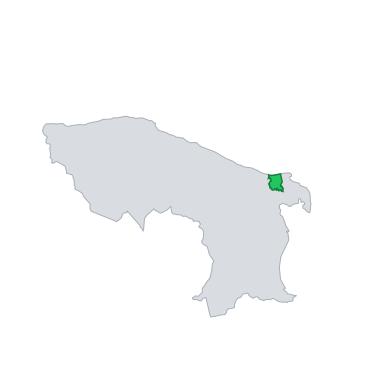 Lambayeque, Lambayeque, Peru shown in context, rotated 138°
{"feature_id": "86281439B97940066257739", "entity_name": "Lambayeque", "entity_type": "district", "adm_level": 2, "iso_a3": "PER", "parent_name": "Peru", "parent_adm1": "Lambayeque", "projection": "natural_earth1", "projection_center": [-79.825, -6.15], "detail": "fine", "context": "in_parent", "style": "filled", "palette": "green", "viewbox_px": 384, "rotation_deg": 138, "n_neighbors": 0, "source": "geoboundaries", "source_scale": "gbopen_adm2", "svg_char_len": 6651}
<svg xmlns="http://www.w3.org/2000/svg" viewBox="0 0 384 384"><g transform="rotate(138 192 192)"><path d="M263.0,111.6L262.9,112.7L261.8,113.2L260.7,112.4L259.2,112.7L256.9,110.2L251.3,110.6L248.9,113.5L245.2,114.1L241.2,115.4L236.7,115.9L229.6,120.5L228.0,122.4L224.8,125.0L222.1,125.9L220.8,134.2L218.2,139.1L217.2,141.7L218.6,145.7L218.6,147.7L217.1,149.3L215.9,149.4L213.5,151.1L209.9,154.8L209.2,157.6L210.4,161.3L210.0,161.8L207.0,162.5L207.1,164.5L206.4,165.3L208.9,168.3L210.4,169.0L210.4,169.7L210.2,170.5L209.6,170.8L209.6,171.5L211.4,173.7L212.7,178.1L215.3,180.3L215.4,181.7L216.1,183.1L217.5,184.2L220.7,188.6L220.7,190.6L217.4,195.4L222.9,195.3L228.9,197.0L229.8,197.7L230.5,199.8L230.5,201.2L231.8,202.4L231.6,205.0L239.6,205.0L244.8,204.3L253.2,196.4L254.5,195.8L253.8,197.5L253.7,198.7L254.1,200.1L253.1,202.0L252.9,221.3L254.4,220.2L256.4,222.0L257.8,222.1L262.4,220.0L267.7,220.3L279.9,245.4L278.8,247.1L278.8,248.4L277.3,249.5L275.7,251.6L275.5,261.5L274.3,264.6L274.9,266.2L275.6,269.3L276.7,271.2L277.0,272.5L276.8,272.9L275.1,274.0L275.0,275.8L271.8,279.4L271.2,281.8L270.1,282.6L269.8,285.3L272.6,289.8L270.8,292.4L269.1,296.3L271.8,304.6L272.9,305.8L274.1,305.7L275.9,306.4L276.9,307.6L274.6,309.2L274.2,309.9L274.4,312.6L271.9,314.6L268.5,319.8L267.6,320.1L265.9,321.6L265.6,322.4L265.9,323.2L267.3,324.7L267.4,326.6L265.0,328.9L263.3,329.2L262.6,329.8L263.3,333.0L263.3,334.5L262.7,336.1L261.5,338.0L257.9,339.9L254.7,340.2L249.3,335.5L247.6,333.5L242.2,329.5L241.4,325.2L239.6,323.2L236.3,321.6L233.6,319.4L231.6,318.4L226.8,313.7L222.3,312.1L214.0,307.1L209.5,305.4L203.7,300.7L200.6,299.5L198.1,297.3L190.5,292.6L189.3,291.1L188.2,288.8L186.5,287.5L184.6,284.3L181.8,282.4L179.1,280.0L175.8,273.4L174.2,271.9L174.1,268.9L173.0,267.5L174.7,266.5L175.7,261.9L175.2,259.5L171.3,253.2L170.6,250.6L167.8,245.8L166.8,242.9L164.6,240.8L163.6,239.0L162.4,238.3L162.3,236.1L161.4,231.8L160.2,229.7L155.7,225.8L155.3,221.4L154.3,218.4L148.1,206.3L144.5,194.7L141.4,188.2L140.2,184.5L140.1,182.5L137.8,179.1L136.6,175.9L131.5,169.8L128.5,163.1L128.1,161.1L126.1,157.4L122.9,152.6L121.3,150.7L111.5,144.7L106.9,141.1L106.3,139.2L106.6,138.1L107.6,137.1L109.0,137.9L109.8,137.6L110.5,136.2L110.5,134.2L109.6,131.7L106.5,126.7L107.3,124.4L104.1,118.6L104.9,113.0L105.6,111.6L110.3,105.9L111.6,103.4L113.7,101.9L115.8,99.6L118.3,97.9L119.0,98.5L119.7,101.5L119.6,103.6L120.3,105.8L118.6,107.9L116.7,107.4L116.0,107.9L115.7,108.9L116.0,110.5L116.5,111.1L117.9,111.2L116.0,114.2L116.1,114.7L117.4,115.3L118.7,114.5L120.0,112.8L120.9,112.6L125.6,115.5L127.9,115.1L129.6,116.5L129.8,118.6L132.1,122.8L135.7,123.8L136.3,123.5L137.1,121.9L137.9,121.7L138.1,119.3L141.2,116.9L141.6,115.2L141.2,114.0L141.2,113.1L143.1,107.6L143.6,107.0L144.2,105.2L144.9,104.2L145.9,98.0L146.8,98.1L147.6,99.5L148.5,99.1L148.0,97.8L148.2,97.3L151.6,92.4L152.7,91.3L169.2,84.5L177.5,77.6L184.7,67.8L187.0,58.0L187.8,58.7L189.2,58.5L188.7,54.5L189.1,52.6L189.0,52.1L186.8,49.7L185.8,47.1L183.9,45.6L184.0,45.1L186.1,45.6L187.9,45.4L189.6,43.8L190.8,43.9L193.5,46.1L195.5,46.3L196.1,47.9L198.1,49.1L200.8,52.5L202.1,56.2L202.0,56.8L203.2,58.8L205.9,59.7L208.6,62.4L211.4,63.3L212.6,65.7L213.4,66.5L213.7,67.9L213.3,69.6L213.7,70.5L215.8,71.9L217.5,72.0L217.9,72.7L218.9,76.7L218.2,78.8L218.5,79.9L220.8,80.9L221.5,81.8L223.3,82.0L225.9,81.1L229.1,82.4L231.6,81.9L232.7,81.6L233.9,80.7L234.8,80.7L237.4,78.1L238.1,77.9L240.8,79.1L243.1,80.8L245.9,80.5L247.0,79.4L249.0,78.8L252.7,81.0L253.5,82.0L254.5,82.2L258.5,84.4L259.2,85.2L261.2,86.1L261.7,86.8L261.5,87.6L252.3,104.2L255.1,105.6L257.8,104.8L259.2,105.9L260.2,108.6L262.3,110.4L263.0,111.6Z" fill="#d9dde1" stroke="#a8b0b8" stroke-width="1"/><path d="M125.9,151.1L125.7,151.1L125.5,150.9L125.4,150.8L125.1,150.8L125.0,150.7L124.9,150.6L124.9,150.4L125.0,150.2L124.9,150.0L125.0,149.9L125.0,149.7L125.2,149.2L125.3,149.0L125.2,148.9L125.3,148.8L125.4,148.6L125.2,148.6L125.3,148.5L125.3,148.2L125.5,148.0L125.6,147.9L125.8,147.8L125.7,147.8L125.7,147.7L125.5,147.4L125.6,147.2L125.9,147.3L126.2,147.3L126.3,147.3L126.5,147.3L127.0,147.4L127.3,147.5L127.5,147.5L127.9,147.3L128.0,147.2L128.3,147.0L128.4,146.9L128.5,146.9L128.8,146.8L129.1,146.7L129.3,146.7L129.4,146.4L129.3,146.1L129.2,146.1L129.2,145.9L129.3,145.8L129.5,145.7L129.6,145.8L129.6,145.7L129.8,145.5L129.9,145.4L130.0,145.3L130.1,145.2L130.1,144.9L130.2,144.7L130.2,144.4L130.3,144.4L130.4,144.2L130.5,144.1L130.7,143.9L130.7,143.7L130.9,143.4L131.0,143.1L131.2,142.9L131.0,142.7L130.9,142.6L130.7,142.4L130.9,142.3L130.9,142.0L131.0,141.8L131.0,141.7L131.1,141.3L131.1,141.2L131.1,140.9L131.1,140.7L130.9,140.4L130.9,140.2L131.0,140.1L130.9,139.8L130.9,139.7L130.7,139.4L130.3,139.2L130.2,139.0L129.9,138.9L129.7,138.8L129.5,138.7L129.4,138.7L129.3,138.8L129.2,138.9L129.1,139.0L128.9,139.1L128.7,139.1L128.4,139.1L128.2,138.9L128.3,138.8L128.2,138.8L128.2,138.7L128.1,138.4L128.0,138.1L128.0,137.9L127.9,137.9L128.0,137.8L128.0,137.7L127.9,137.5L127.9,137.4L128.1,137.3L128.1,137.2L128.1,136.9L127.9,136.9L127.9,137.0L127.7,137.2L127.6,137.3L127.5,137.5L127.4,137.5L127.2,137.7L126.9,137.6L126.6,137.5L126.4,137.4L126.5,137.3L126.4,137.2L126.5,137.0L126.4,137.0L126.5,136.9L126.4,136.9L126.5,136.8L126.5,136.7L126.7,136.4L126.7,136.1L126.8,136.0L126.7,135.9L126.5,135.6L126.4,135.6L126.3,135.4L126.2,135.5L126.1,135.4L126.2,135.2L126.3,135.1L126.4,134.9L126.2,134.9L126.1,134.7L125.9,134.6L125.8,134.4L125.7,134.4L125.4,134.6L125.2,134.5L125.2,134.4L125.1,134.2L124.9,133.7L124.8,133.3L124.8,133.2L124.7,133.1L124.7,132.9L124.7,132.7L124.8,132.7L124.7,132.4L124.5,132.2L124.4,132.0L124.3,131.8L124.2,131.7L124.2,131.8L124.0,132.0L123.9,132.1L123.7,132.1L123.7,132.3L123.5,132.5L123.4,132.7L123.4,132.8L123.4,133.1L123.4,133.4L123.2,133.4L122.8,133.4L122.7,133.4L122.4,133.2L122.2,133.2L122.0,133.3L122.0,133.5L122.0,133.8L122.0,134.0L121.9,134.3L121.8,134.5L121.9,134.8L122.0,135.0L121.9,135.3L121.6,135.3L121.5,135.5L121.5,135.8L121.4,135.9L121.4,136.0L121.4,136.3L121.5,136.6L121.5,136.8L121.7,137.0L122.1,137.1L121.9,137.3L121.7,137.5L121.5,137.8L121.4,137.8L121.3,138.0L121.2,138.1L121.1,138.3L120.8,138.3L120.5,138.4L120.1,138.4L119.9,138.5L118.9,138.8L118.7,138.9L118.3,139.2L118.1,139.4L118.0,139.5L117.9,139.7L117.8,139.9L117.7,140.1L117.6,140.3L115.8,143.3L114.1,146.2L115.5,147.0L117.7,148.3L118.7,148.9L120.3,149.9L121.9,151.2L122.4,151.7L122.7,151.9L122.8,152.0L123.0,152.2L123.1,152.4L123.2,152.5L123.3,152.8L123.4,153.0L123.5,153.1L123.6,153.4L124.0,152.7L124.2,152.4L124.2,152.2L124.3,152.0L124.3,151.9L124.5,151.9L124.8,151.8L125.2,151.8L125.5,151.4L125.9,151.1Z" fill="#22c55e" stroke="#15803d" stroke-width="1.5"/></g></svg>